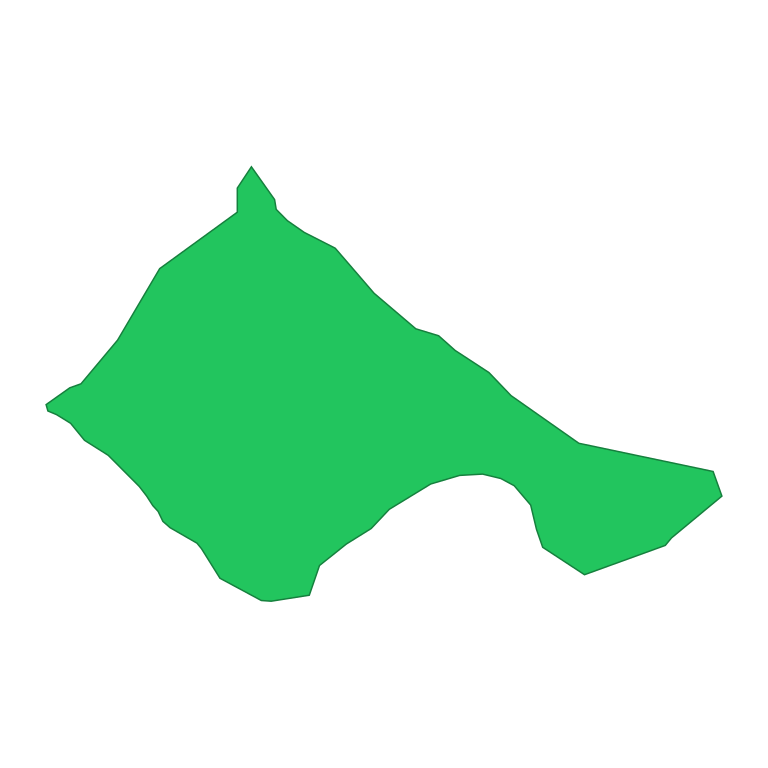 an SVG outline of Ajdovščina
{"feature_id": "SVN-1022", "entity_name": "Ajdovščina", "entity_type": "Municipality", "adm_level": 1, "iso_a3": "SVN", "parent_name": "Slovenia", "parent_adm1": "", "projection": "mercator", "projection_center": [13.898, 45.914], "detail": "fine", "context": "isolated", "style": "filled", "palette": "green", "viewbox_px": 768, "rotation_deg": 0, "n_neighbors": 0, "source": "natural_earth", "source_scale": "10m", "svg_char_len": 785}
<svg xmlns="http://www.w3.org/2000/svg" viewBox="0 0 768 768"><path d="M713.1,471.5L721.9,496.1L671.5,537.9L665.3,545.4L584.5,574.7L542.7,547.3L536.5,529.4L530.7,505.1L514.2,485.7L500.8,478.5L482.6,474.1L459.7,475.4L430.7,484.0L389.3,509.3L371.2,528.5L346.4,544.0L319.5,565.5L309.3,595.2L271.2,601.2L261.3,600.5L220.0,578.3L201.5,548.7L197.0,543.2L170.1,527.7L162.9,521.4L158.1,511.4L152.8,505.6L146.6,496.0L139.2,486.4L108.2,455.3L84.5,440.3L70.6,423.3L56.5,414.6L47.9,411.0L46.1,404.6L69.8,387.8L81.0,383.8L117.6,340.1L159.7,268.6L237.3,212.2L237.3,188.1L251.4,166.8L274.6,199.6L276.2,209.4L287.4,220.7L304.2,232.4L335.2,248.2L374.1,293.3L415.8,328.8L438.7,335.8L455.2,350.5L489.0,372.6L511.0,395.6L578.9,443.3L713.1,471.5Z" fill="#22c55e" stroke="#15803d" stroke-width="1.5"/></svg>